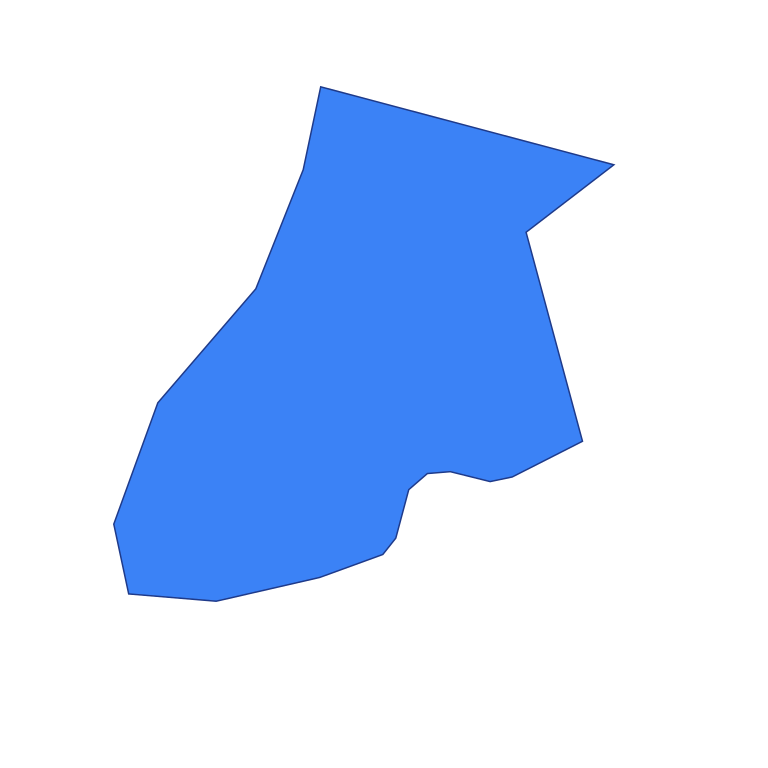 an SVG outline of Vaisigano, rotated 290°
{"feature_id": "WSM-4992", "entity_name": "Vaisigano", "entity_type": "state/province", "adm_level": 1, "iso_a3": "WSM", "parent_name": "Samoa", "parent_adm1": "", "projection": "albers", "projection_center": [-172.717, -13.564], "detail": "fine", "context": "isolated", "style": "filled", "palette": "blue", "viewbox_px": 768, "rotation_deg": 290, "n_neighbors": 0, "source": "natural_earth", "source_scale": "10m", "svg_char_len": 398}
<svg xmlns="http://www.w3.org/2000/svg" viewBox="0 0 768 768"><g transform="rotate(290 384 384)"><path d="M398.1,590.1L340.5,536.3L328.6,517.1L324.3,476.3L314.7,455.4L293.2,443.4L243.2,447.8L223.4,441.2L180.2,389.7L122.5,300.6L99.4,215.9L159.9,178.0L289.0,177.9L429.6,231.0L557.7,234.8L641.6,222.9L668.6,525.0L575.2,465.6L398.1,590.1Z" fill="#3b82f6" stroke="#1e3a8a" stroke-width="1.5"/></g></svg>